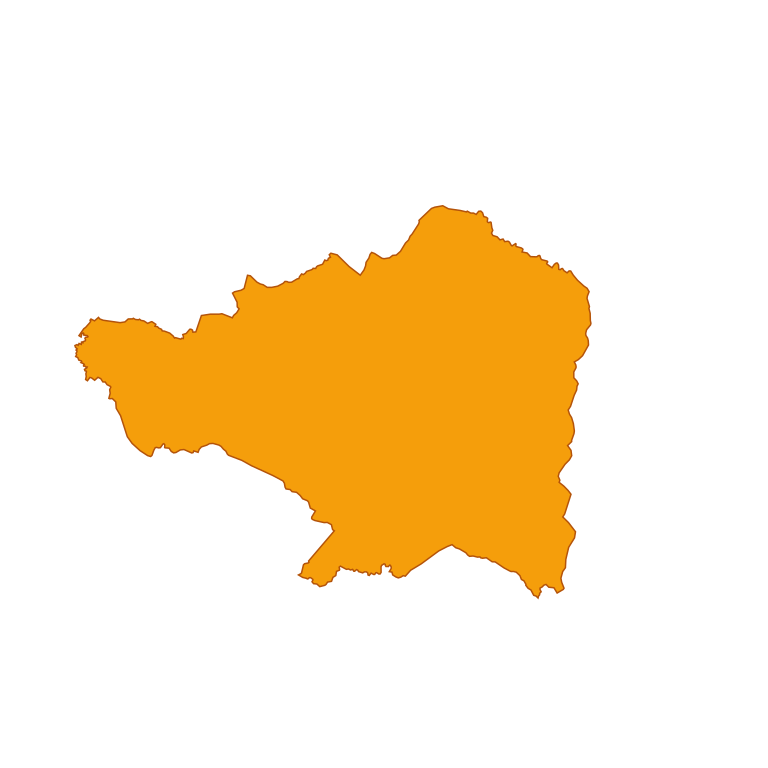 Cam Lo, Quảng Trị, Vietnam, rotated 219°
{"feature_id": "81297802B81560237884054", "entity_name": "Cam Lo", "entity_type": "district", "adm_level": 2, "iso_a3": "VNM", "parent_name": "Vietnam", "parent_adm1": "Quảng Trị", "projection": "orthographic", "projection_center": [107.0, 16.785], "detail": "fine", "context": "isolated", "style": "filled", "palette": "amber", "viewbox_px": 768, "rotation_deg": 219, "n_neighbors": 0, "source": "geoboundaries", "source_scale": "gbopen_adm2", "svg_char_len": 6159}
<svg xmlns="http://www.w3.org/2000/svg" viewBox="0 0 768 768"><g transform="rotate(219 384 384)"><path d="M651.5,229.6L649.0,229.9L650.3,232.7L650.0,234.3L649.3,234.4L648.1,233.1L645.1,234.9L643.9,234.6L643.8,234.0L645.4,232.3L645.1,231.2L643.8,230.6L643.3,229.7L644.4,227.6L644.0,226.6L645.1,226.7L645.5,226.2L644.2,224.3L646.5,223.6L646.0,221.5L647.4,221.4L648.4,219.4L647.0,218.4L644.5,218.2L644.7,216.6L643.6,216.6L642.9,215.8L642.7,214.1L641.3,213.3L640.9,211.3L638.6,211.8L636.2,210.5L633.7,211.5L632.9,211.0L633.0,209.9L630.2,210.7L629.3,210.6L629.3,209.5L628.7,208.9L627.5,209.7L626.6,209.5L625.4,210.4L625.1,209.3L626.0,206.9L624.7,206.1L623.4,206.6L622.9,206.2L622.1,204.3L620.1,202.4L618.7,199.7L616.5,199.9L616.7,204.0L615.2,204.7L611.2,204.8L610.5,209.2L607.5,209.9L603.8,208.7L601.9,210.1L598.8,209.2L595.0,210.0L594.3,209.6L593.6,206.9L590.9,204.4L588.8,199.7L587.9,199.9L586.0,201.7L581.2,201.3L576.8,196.6L568.8,193.6L550.3,181.5L542.3,179.3L531.6,178.7L522.6,179.6L519.7,180.8L519.4,182.5L521.2,187.7L521.7,190.5L521.0,191.5L518.8,192.6L517.7,193.8L518.0,198.2L517.5,199.1L516.0,198.7L514.5,196.6L514.0,196.6L510.6,198.9L506.9,197.7L504.1,198.1L502.6,199.8L500.8,204.6L498.2,207.2L490.0,209.4L489.2,210.5L489.7,212.3L485.5,213.9L486.5,216.9L486.3,220.2L483.2,225.0L482.1,227.8L479.5,230.2L474.0,232.6L471.5,233.0L467.7,232.3L464.6,232.3L461.5,230.9L459.9,230.8L446.4,235.2L435.5,237.1L412.9,242.9L401.5,245.1L399.0,244.2L396.0,241.6L394.1,240.8L390.5,242.9L387.7,242.5L383.8,244.8L379.0,244.6L375.0,243.6L370.0,245.1L368.2,244.7L363.2,241.2L357.4,242.2L356.4,235.1L355.6,234.0L354.6,233.7L351.8,234.4L343.3,238.6L341.0,240.7L336.4,241.6L332.3,238.5L330.2,238.6L331.2,199.0L330.1,198.2L330.3,197.2L332.6,194.4L332.8,192.8L329.2,185.3L329.2,184.4L330.3,181.8L325.5,182.5L321.9,184.2L321.0,184.2L320.4,184.8L320.1,186.5L319.2,187.3L316.4,187.4L315.9,187.0L315.5,185.0L313.1,184.5L310.3,186.3L306.4,186.1L303.3,190.3L302.9,191.7L303.2,194.5L300.6,197.6L302.0,201.6L300.9,204.8L303.0,208.5L301.5,211.2L301.8,212.0L303.6,213.4L303.3,215.0L296.6,216.3L295.2,217.9L293.0,218.4L291.7,220.2L289.7,219.5L289.0,220.0L288.5,222.5L287.2,222.8L285.7,222.2L281.7,223.8L280.9,225.8L279.3,227.0L277.7,226.9L276.2,225.5L275.0,225.9L275.0,228.9L272.1,229.5L271.4,230.1L271.5,232.2L271.0,232.8L268.4,233.1L267.5,233.9L267.7,235.8L271.3,240.1L271.7,241.6L270.8,244.3L269.5,244.6L268.8,243.8L267.6,243.4L265.7,244.9L265.7,246.7L265.0,247.1L263.2,246.3L262.3,245.1L261.8,241.5L259.4,242.8L257.1,241.1L253.4,241.5L250.9,242.3L249.4,244.4L248.5,247.1L246.5,248.1L246.1,256.0L241.9,267.6L236.4,288.7L232.6,297.4L230.0,302.0L225.2,301.9L221.6,303.3L214.2,304.4L211.3,303.8L209.1,303.9L206.5,306.4L202.4,308.3L200.6,310.0L199.4,309.8L197.8,310.6L195.1,313.4L188.1,313.9L185.7,315.7L175.0,316.6L168.8,317.8L167.3,318.2L165.4,319.8L162.8,321.0L157.8,320.6L154.2,318.6L151.3,319.1L147.6,317.6L147.1,316.8L143.4,315.9L140.2,316.4L134.7,314.0L132.3,314.9L129.6,314.6L130.5,316.7L130.4,318.1L131.3,319.3L131.1,321.4L133.5,322.5L134.3,323.6L133.4,325.7L133.1,328.4L131.9,330.2L128.0,329.8L123.7,332.6L117.9,330.5L115.4,337.2L115.6,338.6L121.1,341.7L124.3,344.4L127.1,350.7L127.4,355.4L132.3,362.1L137.7,373.3L139.1,384.3L142.2,389.7L153.4,392.4L161.4,393.2L161.8,396.7L169.3,416.0L173.9,417.1L179.8,417.8L186.0,417.8L186.8,419.9L190.5,421.9L192.0,425.2L192.8,435.5L192.2,441.7L193.0,446.4L196.9,450.1L202.6,451.7L201.9,457.3L202.8,458.4L205.1,464.9L206.5,467.3L211.9,472.4L217.0,475.9L220.9,477.3L224.5,479.7L225.0,484.1L229.1,494.9L230.5,500.5L232.6,503.7L233.2,506.3L236.3,507.7L240.4,508.3L244.1,512.8L245.0,517.4L245.5,518.2L246.9,519.5L250.0,520.9L248.3,525.3L247.5,531.0L249.6,543.0L252.5,546.2L254.7,547.8L257.7,548.8L259.2,550.4L260.7,553.6L260.7,559.9L261.4,561.4L263.6,563.2L268.3,568.7L272.3,571.7L273.0,573.4L280.1,578.3L281.3,580.4L282.7,584.8L286.4,586.2L290.4,585.9L298.9,586.4L305.4,587.7L310.0,589.3L311.3,588.4L311.7,585.6L315.4,585.3L317.9,586.1L318.7,585.3L319.0,583.7L320.3,583.1L323.2,586.3L325.3,587.1L326.3,586.4L326.9,584.2L326.6,580.1L332.8,579.7L333.5,580.1L333.6,581.9L334.6,582.2L339.6,579.9L341.1,580.1L343.4,581.7L344.1,581.7L344.9,580.8L345.1,579.4L345.9,578.5L350.3,575.2L355.2,575.9L359.8,573.5L360.7,576.0L361.3,576.3L363.1,576.1L367.6,574.1L368.5,574.3L369.5,575.9L370.1,575.9L371.4,571.9L372.6,571.9L375.8,573.2L377.5,573.0L379.8,570.6L382.7,571.6L384.6,569.0L388.7,569.6L392.9,567.9L395.4,568.9L396.2,571.9L398.4,573.2L402.5,577.0L403.3,576.8L404.2,575.3L405.2,575.0L405.9,575.2L407.7,578.0L409.4,578.0L411.8,576.9L415.2,579.1L417.6,579.3L419.1,577.8L419.1,573.8L421.9,573.2L424.2,571.4L428.1,570.7L428.1,569.7L434.2,566.7L444.2,560.7L450.5,559.5L455.8,553.4L457.6,550.3L459.8,533.2L458.6,532.2L457.8,530.1L456.5,518.2L456.7,515.3L455.5,511.4L456.0,507.1L454.7,497.5L455.6,491.9L458.2,489.4L459.1,485.5L462.8,481.4L464.7,480.4L473.4,479.5L476.4,478.5L476.4,476.0L475.0,472.4L474.5,467.3L472.6,464.1L471.3,460.0L470.9,453.6L485.0,453.3L501.6,454.9L507.6,452.2L507.9,450.0L505.4,448.8L506.3,446.7L505.6,444.8L506.5,443.5L508.0,443.1L507.1,438.4L509.9,434.0L510.2,432.7L509.8,430.8L511.9,429.3L511.8,428.2L512.5,426.7L515.0,422.8L514.9,420.7L515.5,418.3L517.3,417.7L517.2,414.2L516.5,412.4L517.6,411.1L519.9,404.9L522.1,403.0L523.8,402.6L525.5,401.4L525.7,398.9L528.2,393.1L532.1,388.4L535.6,385.6L540.4,385.1L543.0,383.9L546.8,383.2L555.9,384.0L558.5,382.6L552.8,370.2L554.1,366.9L558.2,361.6L558.9,359.3L549.6,355.1L546.6,351.6L543.9,351.2L543.3,346.6L544.0,342.7L543.5,340.0L554.2,336.6L556.2,334.4L562.9,329.0L569.0,322.3L563.0,306.1L565.1,304.0L566.8,305.4L568.5,305.1L569.4,304.3L569.5,298.8L571.5,295.8L569.7,294.6L568.6,293.0L570.1,292.1L570.1,291.0L575.2,288.8L575.7,287.9L578.0,288.6L582.6,288.7L587.9,286.9L589.8,285.7L591.3,286.5L594.2,285.7L596.1,286.0L598.3,284.7L598.9,286.8L603.4,286.4L604.0,286.0L605.8,282.4L610.3,281.9L612.9,280.5L614.8,280.5L615.2,279.4L617.8,277.7L620.2,277.3L620.4,276.4L623.7,273.6L624.4,269.2L627.7,265.6L642.4,256.8L645.8,255.7L647.8,256.1L648.7,250.9L652.6,250.1L652.6,248.6L651.6,248.5L651.2,246.7L651.5,240.3L652.1,238.0L651.5,229.6Z" fill="#f59e0b" stroke="#b45309" stroke-width="1.5"/></g></svg>